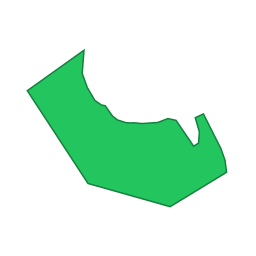 SVG path tracing the border of Tacloban, rotated 335°
{"feature_id": "PHL-5535", "entity_name": "Tacloban", "entity_type": "Highly Urbanized City", "adm_level": 1, "iso_a3": "PHL", "parent_name": "Philippines", "parent_adm1": "", "projection": "orthographic", "projection_center": [124.994, 11.263], "detail": "fine", "context": "isolated", "style": "filled", "palette": "green", "viewbox_px": 256, "rotation_deg": 335, "n_neighbors": 0, "source": "natural_earth", "source_scale": "10m", "svg_char_len": 485}
<svg xmlns="http://www.w3.org/2000/svg" viewBox="0 0 256 256"><g transform="rotate(335 128 128)"><path d="M121.0,38.9L109.6,59.1L108.2,74.0L109.6,89.0L113.5,95.8L116.8,98.2L119.0,110.7L121.9,116.3L128.2,122.1L132.0,124.3L136.0,126.0L142.8,130.0L157.4,135.6L168.1,136.3L174.8,141.4L179.8,172.2L185.5,171.5L191.0,161.8L193.3,147.1L202.3,147.1L203.5,185.9L202.3,198.3L198.6,209.8L132.9,217.1L68.3,161.4L52.5,51.6L121.0,38.9Z" fill="#22c55e" stroke="#15803d" stroke-width="1.5"/></g></svg>